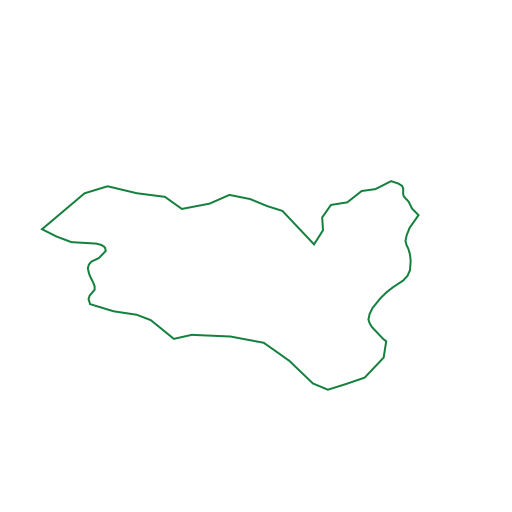 the Prefecture of Dalaba, rotated 48°
{"feature_id": "GIN-5633", "entity_name": "Dalaba", "entity_type": "Prefecture", "adm_level": 1, "iso_a3": "GIN", "parent_name": "Guinea", "parent_adm1": "", "projection": "albers", "projection_center": [-12.181, 10.899], "detail": "fine", "context": "isolated", "style": "outline", "palette": "green", "viewbox_px": 512, "rotation_deg": 48, "n_neighbors": 0, "source": "natural_earth", "source_scale": "10m", "svg_char_len": 1147}
<svg xmlns="http://www.w3.org/2000/svg" viewBox="0 0 512 512"><g transform="rotate(48 256 256)"><path d="M334.4,107.9L337.8,122.9L341.5,130.3L344.9,134.9L348.6,136.8L352.7,138.0L358.0,140.6L363.3,144.5L369.6,151.1L372.1,156.7L372.7,163.1L370.9,174.9L370.3,183.2L370.6,191.3L372.6,204.2L375.2,210.5L378.4,214.9L382.1,216.6L386.4,217.4L402.5,217.0L406.5,216.3L416.9,229.1L419.1,256.6L411.3,274.9L403.4,292.1L388.8,299.0L356.1,301.4L325.7,308.3L298.7,328.9L271.6,356.5L262.6,372.5L233.3,377.1L219.8,384.0L201.7,398.9L180.8,411.5L176.0,409.3L174.1,406.1L173.1,398.5L170.5,396.2L166.9,394.8L159.8,392.8L157.1,391.7L152.6,389.2L150.6,386.0L150.0,382.1L152.4,374.1L151.7,364.3L149.0,362.7L147.1,362.7L144.2,363.6L139.9,366.4L122.2,383.9L107.9,391.3L92.9,397.1L94.7,341.4L104.9,319.6L129.7,302.5L151.1,284.1L171.4,279.6L186.0,255.5L192.8,234.9L209.7,222.3L226.6,214.2L240.1,206.2L286.2,205.1L281.7,189.0L271.6,181.0L268.2,166.1L277.2,152.3L278.4,134.0L286.2,122.5L290.8,105.5L297.3,101.8L301.7,100.5L304.4,101.5L308.4,105.2L310.5,106.2L313.1,106.4L315.7,106.2L318.1,106.3L325.2,108.3L334.4,107.9Z" fill="none" stroke="#15803d" stroke-width="2"/></g></svg>